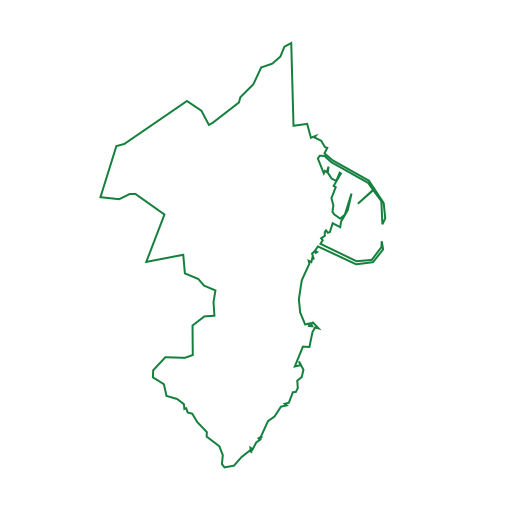 Dún Laoghaire Lea-7, Dún Laoghaire–Rathdown, Ireland, rotated 76°
{"feature_id": "5873133B92378397401252", "entity_name": "Dún Laoghaire Lea-7", "entity_type": "district", "adm_level": 2, "iso_a3": "IRL", "parent_name": "Ireland", "parent_adm1": "Dún Laoghaire–Rathdown", "projection": "natural_earth1", "projection_center": [-6.126, 53.283], "detail": "fine", "context": "isolated", "style": "outline", "palette": "green", "viewbox_px": 512, "rotation_deg": 76, "n_neighbors": 0, "source": "geoboundaries", "source_scale": "gbopen_adm2", "svg_char_len": 2138}
<svg xmlns="http://www.w3.org/2000/svg" viewBox="0 0 512 512"><g transform="rotate(76 256 256)"><path d="M161.3,392.7L167.8,375.0L165.3,363.6L166.6,358.0L193.6,334.8L235.2,363.9L237.2,326.3L255.7,329.2L264.4,317.5L272.2,313.6L279.6,303.7L290.5,308.4L303.9,310.8L302.1,320.7L308.1,334.4L336.8,341.3L337.6,349.7L332.3,368.4L342.0,383.4L348.8,385.4L358.1,376.4L370.1,376.7L375.7,367.1L382.3,361.8L387.1,362.5L386.8,360.6L391.4,360.1L393.6,356.0L402.9,353.2L415.0,346.3L419.3,347.6L431.7,337.6L441.2,336.4L449.7,339.4L453.5,337.7L454.1,328.1L447.7,318.9L443.4,309.4L444.7,308.1L440.7,307.8L442.4,306.1L444.1,307.2L436.9,300.8L435.2,296.3L433.5,297.6L432.8,295.2L419.1,284.3L416.2,276.8L408.2,268.2L408.4,262.4L406.4,263.9L406.3,259.6L397.1,253.2L397.6,250.3L394.3,247.4L386.9,246.1L384.5,240.9L377.9,237.5L368.6,239.8L372.7,239.3L372.6,245.1L355.3,232.4L357.2,226.2L343.5,219.6L339.7,216.0L341.4,212.8L334.3,216.8L335.0,218.9L337.8,218.4L336.7,221.6L334.4,220.3L334.3,224.9L321.5,226.8L308.4,224.9L290.7,217.5L276.4,206.1L273.4,206.0L275.3,203.8L271.3,201.7L273.3,200.7L267.3,201.0L265.3,197.7L267.4,197.4L266.9,195.8L265.3,197.6L261.7,193.6L288.3,160.8L290.3,144.0L280.4,131.1L272.1,130.4L277.8,132.2L287.8,144.7L285.4,159.7L259.8,190.5L256.8,187.4L254.6,188.5L253.1,184.4L249.4,183.4L248.1,181.8L250.8,180.7L250.7,178.6L242.8,173.7L248.4,167.3L243.3,165.2L233.7,155.9L218.5,148.2L237.4,159.8L240.1,165.3L234.5,170.1L231.6,171.1L225.6,168.7L218.1,168.8L208.5,162.0L206.8,163.7L196.5,153.7L195.4,154.6L202.5,159.9L199.2,163.9L192.5,166.2L186.8,164.0L191.7,167.0L190.1,168.6L192.2,170.2L176.4,172.4L174.1,169.8L175.5,165.4L183.4,160.1L212.2,129.5L220.2,126.4L229.9,144.5L220.5,126.3L233.1,121.1L255.8,125.7L250.8,121.5L235.5,119.3L210.2,128.2L181.7,158.5L173.0,164.7L168.3,160.7L167.1,162.7L159.9,164.9L155.1,170.6L153.9,169.1L154.6,174.1L140.2,174.4L138.7,188.1L57.9,170.3L59.8,177.8L68.4,184.1L73.3,193.7L74.3,205.3L88.7,217.0L98.2,232.8L102.9,235.4L116.5,266.3L117.4,270.0L101.9,273.8L88.9,285.5L115.4,356.6L115.6,364.9L161.3,392.7ZM433.9,296.0L433.2,294.5L432.4,294.5L433.9,296.0Z" fill="none" stroke="#15803d" stroke-width="2"/></g></svg>